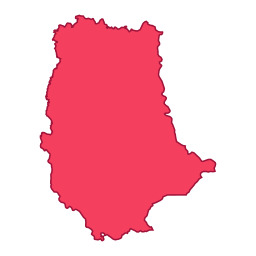 outline of Arévalo, Cerro Largo, Uruguay
{"feature_id": "84410073B27325052760321", "entity_name": "Arévalo", "entity_type": "district", "adm_level": 2, "iso_a3": "URY", "parent_name": "Uruguay", "parent_adm1": "Cerro Largo", "projection": "albers", "projection_center": [-55.198, -32.737], "detail": "fine", "context": "isolated", "style": "filled", "palette": "rose", "viewbox_px": 256, "rotation_deg": 0, "n_neighbors": 0, "source": "geoboundaries", "source_scale": "gbopen_adm2", "svg_char_len": 5626}
<svg xmlns="http://www.w3.org/2000/svg" viewBox="0 0 256 256"><path d="M148.1,24.3L147.7,23.8L147.9,22.8L147.7,22.5L147.1,22.3L146.4,21.4L145.1,21.7L143.6,22.9L142.9,23.8L140.2,29.6L137.7,30.9L135.9,30.9L132.3,30.0L131.8,29.2L131.4,29.2L131.1,29.4L130.8,30.8L129.7,31.1L129.2,31.7L127.1,29.0L125.0,28.2L124.9,27.8L125.2,27.3L126.5,27.0L126.5,26.5L126.3,26.3L125.0,26.4L124.2,27.4L121.4,27.4L120.2,28.5L118.2,29.2L117.3,28.9L116.7,28.0L115.1,27.1L114.4,27.4L114.3,28.5L114.0,28.7L112.3,28.4L111.9,27.4L111.5,27.1L110.3,28.0L109.9,28.0L108.7,26.9L108.1,27.1L107.8,28.0L107.3,28.2L106.6,27.3L107.3,26.2L107.1,25.6L106.5,24.6L105.1,24.4L104.3,23.7L104.1,22.1L103.7,21.7L103.0,19.4L102.7,19.1L101.9,19.0L100.2,20.2L98.8,22.9L96.4,23.8L95.9,23.8L95.3,23.2L95.1,21.9L94.1,20.6L93.2,18.7L92.6,18.7L91.9,19.3L91.4,19.4L88.2,18.3L86.9,18.8L85.9,18.7L84.5,18.0L83.3,16.1L80.8,16.0L79.3,15.4L75.8,16.5L75.5,17.9L75.8,18.4L76.4,18.7L77.7,18.4L78.1,18.9L77.3,20.5L77.3,22.1L74.2,24.4L72.7,27.1L71.8,27.1L72.0,25.4L70.5,23.5L67.5,23.1L67.0,23.4L65.2,26.6L64.6,27.0L64.1,26.8L63.8,26.2L60.4,25.0L59.4,25.1L58.8,25.8L59.1,26.7L58.9,27.8L58.0,29.2L57.2,29.5L57.2,29.8L57.9,30.3L57.8,30.9L56.8,31.1L55.1,30.1L54.6,30.2L54.0,30.8L54.1,31.3L54.8,31.8L54.1,32.3L55.4,33.0L55.8,33.6L54.4,35.3L54.4,36.5L52.6,39.5L52.9,40.2L53.8,39.9L54.3,40.0L55.2,41.0L57.2,41.7L57.0,42.4L56.2,42.6L54.9,43.7L55.0,44.6L55.8,45.1L55.8,46.7L54.7,48.6L55.6,49.3L55.8,51.3L56.3,51.9L56.6,54.8L57.2,56.1L56.8,56.3L56.8,56.8L57.1,57.3L58.3,57.6L59.6,58.3L60.0,58.8L60.5,58.8L59.9,60.0L60.3,61.5L59.8,62.0L59.6,62.7L58.7,63.3L58.2,64.1L57.3,64.4L57.5,65.1L56.9,65.2L56.9,67.5L56.6,68.6L55.6,68.3L55.2,68.9L54.7,68.8L53.7,70.0L53.2,71.0L53.6,71.9L53.1,73.0L52.6,75.7L52.8,76.2L52.7,76.8L52.3,77.3L51.5,77.6L51.3,77.3L51.1,78.0L50.5,78.0L50.9,79.1L50.9,80.0L50.3,80.2L50.6,80.6L50.0,80.8L49.2,82.1L49.4,82.8L50.3,83.0L50.3,83.7L49.7,84.4L48.8,84.4L48.6,85.5L48.0,86.3L48.0,88.3L47.3,88.9L47.6,90.8L47.1,91.4L46.8,92.5L47.0,93.3L46.6,94.5L46.9,95.0L46.2,95.8L46.7,95.9L46.9,96.3L46.1,96.3L45.9,96.5L46.2,97.1L46.0,97.6L46.6,99.2L47.0,98.9L47.4,99.6L48.8,99.7L48.5,101.0L49.2,102.3L48.9,102.6L48.3,102.1L47.8,102.6L48.0,103.3L47.8,104.4L48.5,105.4L47.4,106.4L47.6,107.0L47.0,108.1L47.1,109.7L46.2,110.7L46.4,112.2L46.1,114.5L46.7,115.0L47.1,116.0L47.7,116.0L50.7,119.2L51.6,120.7L51.5,121.3L51.9,121.6L52.2,123.2L51.5,123.0L51.4,124.8L51.2,125.4L50.6,125.8L51.0,126.5L50.5,128.1L51.4,129.8L51.5,130.3L52.0,130.7L52.0,131.6L52.4,132.0L51.8,132.8L51.6,133.7L50.3,134.8L49.0,134.3L47.3,134.2L44.1,132.6L42.6,132.5L42.3,133.2L41.7,133.1L41.4,136.1L41.0,136.5L40.5,136.1L40.4,136.9L40.5,137.9L42.2,142.2L40.9,143.9L40.5,145.7L40.6,146.6L40.8,147.5L43.2,148.9L44.4,150.7L45.0,150.7L45.6,149.8L46.3,149.8L50.0,154.1L50.1,154.8L49.3,158.7L48.0,160.8L48.1,161.6L48.6,162.3L51.2,164.1L51.5,164.8L51.6,167.0L52.1,168.7L51.9,172.1L51.0,174.1L50.9,175.0L51.1,178.9L50.8,180.3L50.9,181.9L50.7,182.6L50.8,183.4L51.4,184.5L50.9,185.7L50.9,187.1L51.7,188.9L54.1,191.9L56.8,192.1L57.8,192.9L58.8,194.9L59.8,195.7L60.0,196.4L58.9,198.8L59.2,200.3L60.8,202.0L62.1,202.5L63.3,202.6L64.5,203.4L65.0,204.0L65.6,207.2L66.5,208.1L67.6,208.2L69.5,206.5L70.3,206.6L71.6,207.9L72.6,210.2L73.7,210.4L75.2,209.4L75.9,209.3L77.1,209.8L79.6,211.5L83.6,217.3L85.5,219.0L85.9,221.8L85.7,226.0L86.1,226.8L86.6,227.2L88.5,227.5L89.6,228.2L91.1,229.2L92.5,230.7L92.7,231.3L92.1,232.3L92.2,232.8L91.6,233.8L91.6,234.4L94.0,236.1L94.5,237.5L94.3,238.9L94.8,239.3L98.0,239.8L100.4,239.0L101.0,239.3L101.7,240.5L102.4,240.6L103.5,240.0L103.9,239.0L103.3,238.0L103.3,236.5L102.8,236.3L101.5,236.7L101.1,236.4L101.6,235.6L100.8,234.5L100.8,233.9L100.9,233.3L101.5,233.0L103.0,232.9L104.4,233.6L104.7,235.0L104.4,235.5L104.8,235.6L106.9,234.6L108.2,235.3L108.6,235.8L110.0,236.6L113.0,239.0L114.6,239.6L115.6,239.7L118.6,239.1L120.6,238.3L121.4,237.6L122.1,235.0L123.7,234.5L124.2,233.6L125.1,233.1L126.7,233.0L127.4,233.3L127.8,232.6L127.7,231.9L129.3,231.1L129.6,230.8L129.8,229.5L130.7,228.7L135.3,230.8L136.6,231.8L138.4,232.0L140.4,230.7L142.1,231.8L144.1,231.7L144.9,231.2L146.4,231.5L149.4,230.0L152.9,230.0L151.4,226.9L150.0,227.1L148.6,226.0L147.3,224.6L146.4,222.5L144.5,220.3L144.4,219.6L145.1,217.6L147.0,215.7L148.6,210.0L149.9,209.0L150.9,206.8L152.8,205.6L152.4,203.8L155.9,202.6L160.5,200.3L162.4,198.8L163.0,196.8L167.3,195.0L186.2,194.9L186.9,193.4L188.9,192.1L190.0,189.8L193.7,185.5L195.1,183.4L196.9,181.9L199.4,178.7L201.7,177.4L200.6,175.8L200.4,174.3L200.8,173.2L201.9,172.2L203.4,171.5L206.5,171.5L208.1,172.0L210.8,171.4L213.0,171.7L215.0,171.3L214.1,168.1L215.0,166.5L215.6,164.1L215.2,162.6L213.4,161.1L210.8,159.4L208.3,159.5L202.9,161.4L201.6,161.2L199.5,158.1L193.9,152.8L191.9,152.2L190.5,153.5L188.6,154.2L187.9,153.8L187.7,151.2L185.8,149.4L185.1,147.1L185.3,146.0L183.2,145.6L181.4,144.8L176.6,141.6L175.8,138.3L175.2,134.2L174.5,132.4L174.7,130.1L172.5,124.2L171.6,123.0L171.9,118.8L171.0,117.5L169.6,116.5L166.3,115.5L164.9,114.5L164.6,113.8L165.2,113.2L168.0,113.1L169.1,112.5L169.9,111.6L170.0,110.5L167.8,106.6L166.1,105.6L164.2,103.6L164.3,101.8L166.2,98.9L166.3,97.9L165.2,96.6L163.5,96.0L162.4,95.1L161.8,94.1L162.5,92.6L163.5,91.9L164.1,90.2L164.3,88.4L161.9,81.2L158.9,76.3L158.5,74.6L158.9,71.1L159.6,68.9L161.5,66.1L161.6,65.3L159.6,63.6L159.5,62.1L161.6,61.0L162.0,59.3L160.9,57.3L159.0,56.1L157.9,54.3L158.0,51.9L157.5,48.3L157.6,46.7L159.5,44.6L159.6,43.2L158.4,40.4L159.2,35.2L159.7,34.7L161.5,34.5L162.3,33.8L162.6,32.5L162.5,32.0L159.9,32.0L158.0,31.5L155.6,29.8L155.0,26.9L152.2,25.5L150.4,25.3L148.1,24.3Z" fill="#f43f5e" stroke="#9f1239" stroke-width="1.5"/></svg>